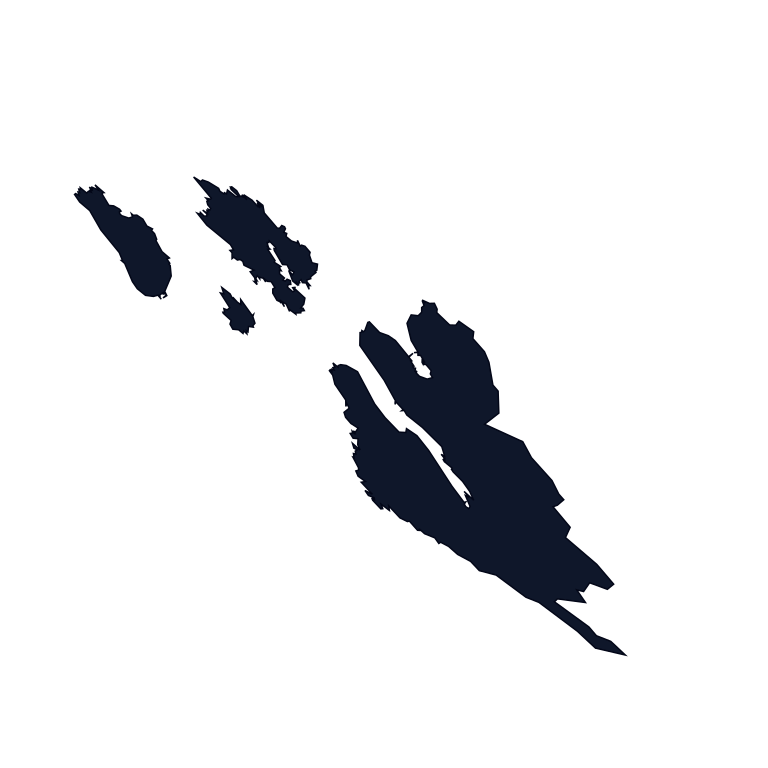 outline of Sande nor, Møre og Romsdal, Norway, rotated 40°
{"feature_id": "86288312B47484772904149", "entity_name": "Sande nor", "entity_type": "district", "adm_level": 2, "iso_a3": "NOR", "parent_name": "Norway", "parent_adm1": "Møre og Romsdal", "projection": "equal_earth", "projection_center": [5.514, 62.239], "detail": "fine", "context": "isolated", "style": "filled", "palette": "ink", "viewbox_px": 768, "rotation_deg": 40, "n_neighbors": 0, "source": "geoboundaries", "source_scale": "gbopen_adm2", "svg_char_len": 6132}
<svg xmlns="http://www.w3.org/2000/svg" viewBox="0 0 768 768"><g transform="rotate(40 384 384)"><path d="M370.7,289.8L367.1,293.0L359.2,295.2L363.8,295.5L361.1,296.4L364.3,298.2L363.7,301.2L366.7,304.8L366.3,309.7L360.4,313.6L362.6,322.7L376.9,333.2L389.6,337.7L386.8,340.7L389.7,338.1L391.6,340.2L393.6,338.6L401.8,341.3L397.9,341.2L399.2,342.9L400.7,343.5L399.8,342.3L402.6,342.8L401.6,343.6L403.6,342.1L411.6,343.5L413.0,346.5L417.1,347.9L413.9,352.5L406.2,355.3L401.2,354.8L401.1,353.5L400.1,353.1L400.8,353.6L399.6,354.3L398.0,351.7L396.1,352.7L394.5,351.6L395.3,351.0L389.7,349.3L390.4,348.4L385.8,347.5L386.5,341.8L385.3,347.3L364.8,343.4L356.3,344.2L347.6,347.4L332.8,345.8L332.0,347.2L334.9,355.1L334.8,357.0L332.7,357.3L333.7,358.6L332.6,360.0L340.7,370.0L381.6,381.0L404.1,389.7L403.9,390.4L405.6,392.5L404.6,390.0L415.1,391.3L414.7,393.1L416.5,391.3L421.4,393.1L441.3,392.6L468.5,394.8L476.9,400.3L473.0,401.1L479.7,402.4L477.6,402.2L479.6,403.4L477.3,403.6L480.2,404.7L490.1,404.6L491.1,405.6L489.9,405.8L493.6,406.9L506.8,408.1L518.7,411.2L527.5,415.4L514.4,414.8L522.2,416.2L518.1,417.1L528.7,422.5L529.0,425.0L525.4,425.4L522.7,424.4L522.4,421.8L521.3,423.2L501.7,418.6L460.9,406.2L442.4,402.4L429.9,403.7L431.9,407.1L426.5,411.2L406.5,409.1L389.7,405.3L355.8,391.6L343.1,394.1L338.3,397.1L337.1,399.3L338.0,400.7L331.3,400.7L335.5,402.8L334.3,404.3L336.8,405.3L334.5,406.2L336.0,407.8L333.6,407.6L333.6,408.9L339.0,410.2L346.5,415.7L365.0,420.9L369.2,425.7L368.0,422.8L372.9,424.9L371.6,431.4L376.0,434.2L384.1,435.5L392.5,434.4L393.0,438.9L391.7,439.5L394.7,440.9L390.0,440.6L391.5,441.7L389.9,443.6L395.2,445.4L399.3,442.6L402.9,447.4L408.3,450.0L398.0,449.7L402.2,452.5L405.8,451.7L405.1,453.9L407.5,455.8L405.3,456.9L408.3,459.6L407.2,460.0L418.2,464.5L419.9,466.2L418.3,468.7L423.5,471.3L432.5,470.6L429.7,473.9L446.2,475.9L437.9,477.8L443.7,479.4L449.7,477.4L450.7,478.3L449.3,478.7L450.5,479.1L448.9,479.7L450.0,480.3L461.9,481.7L463.2,480.3L458.9,477.9L469.4,477.4L465.9,474.3L482.3,476.3L490.4,474.3L491.6,472.7L503.7,474.5L505.5,473.2L503.8,472.3L511.3,472.6L521.8,469.2L528.5,470.9L529.1,468.8L537.8,466.9L550.0,467.2L564.4,464.2L577.0,465.7L592.7,458.3L629.8,456.1L643.1,451.7L691.0,449.1L715.8,450.4L743.1,436.5L723.1,435.4L708.5,440.3L697.1,438.4L654.5,441.3L655.0,437.1L678.8,421.9L663.9,417.8L670.3,414.7L669.3,404.1L687.1,397.7L688.6,389.7L662.9,385.4L621.7,385.0L618.7,374.1L592.4,369.4L594.7,365.4L596.1,357.1L588.7,356.0L574.8,350.0L544.4,345.7L527.4,339.0L486.9,350.2L490.7,332.5L476.0,316.1L468.1,314.8L450.4,299.9L440.2,294.7L422.9,292.1L419.1,286.3L401.0,287.8L401.2,292.8L396.4,296.6L378.5,295.4L376.6,292.5L370.7,289.8ZM176.4,325.0L168.1,325.2L176.6,326.8L170.3,326.7L175.9,328.8L171.4,328.3L174.3,329.3L164.8,328.0L154.8,329.2L160.6,331.0L153.4,330.4L156.3,331.2L152.6,332.6L146.9,330.6L140.6,330.8L139.8,331.8L142.0,331.9L139.9,332.5L143.5,332.9L141.2,333.2L152.3,333.8L150.1,335.7L139.4,336.0L141.2,339.6L138.8,340.0L139.2,341.3L134.4,341.8L131.5,340.4L119.7,342.2L113.8,344.4L113.5,346.7L105.1,347.8L132.3,352.7L132.4,353.9L128.1,356.0L131.7,356.5L130.8,357.9L133.8,360.0L138.4,360.9L138.8,362.8L136.8,363.2L138.4,364.6L136.8,364.9L139.3,366.9L133.3,367.3L139.0,367.6L140.3,369.2L138.3,371.0L133.0,370.6L133.9,372.3L131.2,373.2L146.2,376.2L176.7,375.9L182.5,377.9L180.1,380.7L183.2,381.1L187.0,385.6L187.4,383.5L192.0,383.3L193.8,381.1L197.0,380.8L200.4,383.0L211.3,380.3L209.3,384.0L216.6,385.7L219.8,388.4L218.7,389.0L222.9,389.4L218.7,386.7L220.2,386.4L217.9,385.5L217.3,382.4L221.2,383.3L220.1,382.1L223.6,380.6L227.8,381.9L225.0,380.4L228.7,380.3L231.8,378.1L238.5,380.3L237.7,382.7L240.4,385.9L248.2,388.7L250.4,388.1L249.3,387.5L253.2,388.2L250.4,386.2L258.0,388.8L253.3,386.5L257.7,385.6L265.0,389.1L263.6,387.7L271.7,387.2L270.7,386.3L274.5,383.0L273.6,381.4L275.8,379.0L273.3,378.0L271.3,379.2L271.2,374.4L268.2,369.0L253.3,368.3L254.1,366.7L252.1,368.9L255.6,370.1L254.9,372.0L247.8,371.9L246.7,369.4L248.6,367.6L245.8,365.0L242.4,366.0L242.2,368.7L239.8,369.4L239.6,366.8L233.2,366.7L230.9,364.2L232.5,363.3L228.8,362.0L229.4,360.3L221.6,361.3L221.2,359.5L208.3,355.6L210.0,353.9L205.3,353.7L206.9,353.1L203.4,350.8L204.8,349.7L204.0,348.1L213.0,349.0L214.3,349.9L212.6,350.9L214.1,352.2L229.5,357.7L233.1,355.0L238.2,357.2L243.2,356.0L243.8,359.1L238.0,358.3L247.9,363.8L252.9,363.8L250.3,362.1L255.3,363.3L253.8,362.0L254.4,360.6L252.9,360.2L253.4,357.4L256.4,358.8L259.3,356.7L265.8,359.6L262.8,357.2L264.1,356.1L259.3,355.3L258.1,353.8L260.2,350.4L258.9,349.1L260.2,342.3L258.7,341.9L259.4,340.1L256.0,334.9L250.9,337.4L244.0,333.2L242.7,330.6L234.9,329.3L231.6,330.6L231.4,332.3L225.4,329.6L227.1,331.6L221.2,333.9L214.1,334.0L212.7,331.2L209.7,332.2L208.7,328.4L206.7,327.5L203.8,328.3L203.9,331.8L202.1,333.2L182.3,329.9L176.4,325.0ZM46.5,417.4L34.6,417.2L40.7,419.0L33.9,420.9L35.4,422.4L32.9,422.0L35.4,422.7L31.7,422.5L36.3,424.2L33.6,424.6L36.3,425.3L33.7,426.3L33.5,428.8L25.1,428.9L26.4,430.1L24.9,430.9L27.7,433.0L26.2,433.6L29.3,435.7L25.4,436.3L25.1,437.7L33.9,440.2L47.1,440.3L68.1,448.0L96.7,453.5L104.2,457.4L103.4,458.2L107.9,458.3L125.5,467.3L133.8,469.6L144.3,469.4L151.1,465.1L153.7,461.3L158.9,462.2L154.9,461.3L156.6,460.6L154.7,460.6L155.8,457.2L157.0,457.2L155.5,456.8L158.3,456.6L155.9,456.2L156.5,455.0L160.1,455.7L159.4,460.1L160.8,455.9L156.5,454.0L151.6,438.1L144.1,430.7L142.1,430.4L142.3,429.2L137.3,427.8L138.6,425.4L128.9,425.3L117.0,420.7L116.9,419.3L111.6,416.3L107.1,415.8L107.0,414.0L100.8,415.4L93.3,412.7L86.1,413.5L83.5,415.9L81.1,415.9L83.9,417.6L81.9,420.9L74.8,423.7L72.0,423.4L70.6,422.1L71.4,420.6L69.0,420.1L62.4,421.3L58.5,424.0L46.5,419.9L45.3,418.7L46.5,417.4ZM239.1,416.3L219.9,411.4L223.2,415.2L219.2,415.6L212.4,414.7L213.8,415.7L212.8,415.8L208.2,413.9L197.7,414.3L203.3,417.9L200.2,419.4L216.8,424.7L216.2,428.0L212.9,429.2L215.7,431.4L214.4,432.6L215.3,433.1L226.1,433.6L227.5,437.1L233.0,439.2L237.8,435.9L243.5,435.9L242.4,433.5L246.7,433.7L244.3,431.6L246.3,431.5L243.2,427.0L247.4,424.4L246.1,423.7L246.1,420.4L240.2,416.7L239.3,414.6L239.1,416.3Z" fill="#0f172a" stroke="#020617" stroke-width="1.5"/></g></svg>